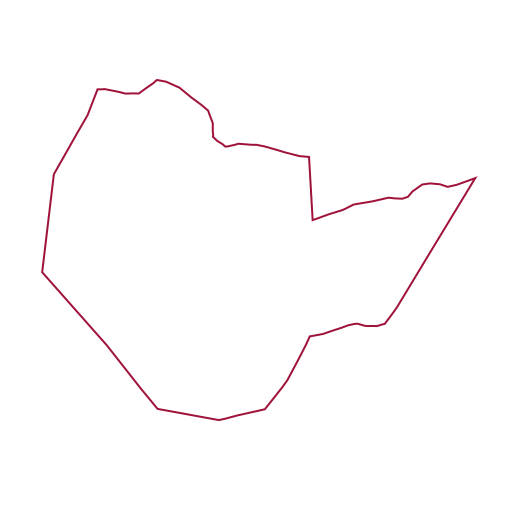 La Treille, Anse-la-Raye, Saint Lucia, rotated 95°
{"feature_id": "8701671B33386018665106", "entity_name": "La Treille", "entity_type": "district", "adm_level": 2, "iso_a3": "LCA", "parent_name": "Saint Lucia", "parent_adm1": "Anse-la-Raye", "projection": "robinson", "projection_center": [-60.998, 13.941], "detail": "fine", "context": "isolated", "style": "outline", "palette": "rose", "viewbox_px": 512, "rotation_deg": 95, "n_neighbors": 0, "source": "geoboundaries", "source_scale": "gbopen_adm2", "svg_char_len": 1352}
<svg xmlns="http://www.w3.org/2000/svg" viewBox="0 0 512 512"><g transform="rotate(95 256 256)"><path d="M152.7,211.8L152.7,221.5L150.2,236.5L148.5,244.4L146.1,256.8L145.2,265.3L145.6,269.8L145.7,283.3L147.2,287.1L149.3,293.8L149.7,296.1L147.6,298.9L144.7,304.7L141.1,309.2L139.0,309.2L135.9,309.9L127.5,310.6L121.1,313.7L115.3,316.4L109.9,324.1L103.8,334.1L95.0,346.9L90.2,360.7L89.3,370.1L92.9,373.5L98.7,380.5L104.4,387.0L104.7,392.6L105.6,400.2L104.4,407.5L102.9,421.6L103.4,424.0L103.8,428.4L104.6,428.6L113.5,431.2L128.8,435.6L130.3,436.0L148.2,444.4L192.2,464.5L290.8,467.6L357.9,396.9L385.4,371.1L398.5,358.8L416.9,340.7L422.7,278.7L420.8,272.6L416.3,260.2L407.9,233.8L384.5,218.4L377.1,214.0L356.5,205.2L340.6,198.7L331.4,195.4L328.9,186.2L328.5,184.9L328.1,183.4L327.9,182.5L326.4,179.3L323.1,171.8L322.1,169.4L319.6,163.6L318.4,161.1L316.7,157.4L316.0,154.7L315.2,152.5L314.9,150.8L314.6,149.1L315.0,146.9L315.7,143.3L316.1,141.0L316.0,138.2L315.5,132.9L315.3,129.4L313.4,124.8L312.3,121.7L311.0,121.0L305.0,117.2L301.4,115.0L300.1,114.2L294.8,111.1L234.9,81.7L159.3,44.4L162.8,51.8L167.6,62.3L170.4,71.1L168.5,79.1L168.5,88.8L170.3,96.6L177.9,105.6L183.8,109.8L186.2,115.3L186.5,122.6L186.4,129.2L191.4,144.7L196.2,163.2L202.5,173.4L208.0,186.9L213.4,198.5L215.3,202.7L152.7,211.8Z" fill="none" stroke="#9f1239" stroke-width="2"/></g></svg>